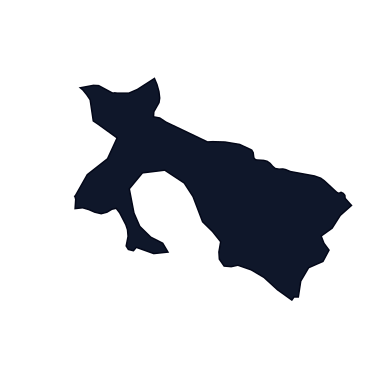 SVG path tracing the border of Cahul, rotated 119°
{"feature_id": "MDA-1624", "entity_name": "Cahul", "entity_type": "District", "adm_level": 1, "iso_a3": "MDA", "parent_name": "Moldova", "parent_adm1": "", "projection": "mercator", "projection_center": [28.292, 45.784], "detail": "fine", "context": "isolated", "style": "filled", "palette": "ink", "viewbox_px": 384, "rotation_deg": 119, "n_neighbors": 0, "source": "natural_earth", "source_scale": "10m", "svg_char_len": 1478}
<svg xmlns="http://www.w3.org/2000/svg" viewBox="0 0 384 384"><g transform="rotate(119 192 192)"><path d="M125.6,48.5L126.4,46.0L140.6,51.0L155.7,51.9L167.9,57.7L172.9,51.7L176.4,44.0L189.2,43.8L201.7,53.3L217.2,53.7L232.3,48.1L234.4,51.9L238.1,52.3L236.1,69.7L231.8,87.7L231.4,102.5L233.8,116.4L238.3,121.5L241.2,128.0L237.5,135.5L231.4,139.4L221.6,142.8L216.6,154.9L212.9,168.3L195.5,188.9L187.9,203.2L186.1,226.4L199.3,244.6L219.6,248.4L238.5,232.6L247.4,221.0L251.5,206.2L251.0,192.8L256.2,183.9L264.4,195.6L267.4,213.9L271.6,214.7L271.8,214.8L273.1,219.8L271.1,223.4L261.8,226.4L256.3,230.1L252.7,234.0L245.3,245.1L243.0,250.4L245.9,253.7L250.9,256.6L255.0,260.9L256.8,267.3L257.4,273.7L258.8,280.0L263.2,286.2L254.7,290.2L252.9,292.0L252.6,292.5L252.4,292.4L251.8,292.2L227.6,292.0L203.9,282.0L181.0,283.7L178.1,308.0L177.7,312.8L160.7,325.8L157.9,331.3L155.6,337.0L155.0,340.2L146.5,329.9L144.2,325.2L144.0,309.8L143.6,308.7L142.8,307.8L141.6,304.9L136.2,295.2L128.8,289.5L110.9,279.9L115.0,274.7L120.2,269.6L125.5,265.8L129.8,264.2L140.3,264.3L144.9,262.1L142.9,256.1L143.5,248.7L140.7,202.7L138.0,198.4L132.3,187.4L127.3,173.4L126.4,160.1L127.9,157.6L132.1,154.5L133.0,152.2L132.4,150.5L129.6,144.6L128.7,141.2L129.1,137.6L130.4,134.1L131.1,130.6L129.8,126.9L127.8,123.7L127.0,121.0L126.4,115.8L118.6,92.7L117.5,86.1L118.1,81.6L122.1,65.3L122.0,62.9L120.0,61.5L119.9,59.0L120.8,56.7L123.3,55.0L125.6,48.5Z" fill="#0f172a" stroke="#020617" stroke-width="1.5"/></g></svg>